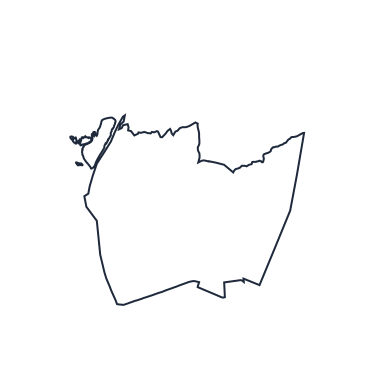 Tigre, Buenos Aires, Argentina, rotated 235°
{"feature_id": "61730980B37602961907031", "entity_name": "Tigre", "entity_type": "district", "adm_level": 2, "iso_a3": "ARG", "parent_name": "Argentina", "parent_adm1": "Buenos Aires", "projection": "orthographic", "projection_center": [-58.508, -34.4], "detail": "fine", "context": "isolated", "style": "outline", "palette": "slate", "viewbox_px": 384, "rotation_deg": 235, "n_neighbors": 0, "source": "geoboundaries", "source_scale": "gbopen_adm2", "svg_char_len": 6016}
<svg xmlns="http://www.w3.org/2000/svg" viewBox="0 0 384 384"><g transform="rotate(235 192 192)"><path d="M250.3,101.4L240.5,97.0L223.0,97.5L208.7,89.5L193.4,80.9L176.2,74.1L170.3,72.2L161.4,70.3L158.4,69.5L155.5,68.9L147.5,67.4L143.2,66.3L142.4,67.0L139.3,70.6L138.8,71.3L138.5,72.1L135.5,83.0L134.6,85.4L133.8,88.3L133.3,89.6L133.1,91.0L132.5,92.8L130.6,99.0L128.6,106.3L127.2,110.7L126.6,113.6L124.4,121.5L124.1,122.7L123.6,124.3L122.9,127.4L120.1,137.8L119.0,140.5L118.2,142.1L117.9,142.5L117.0,143.5L114.1,146.1L113.2,145.0L111.8,143.1L110.8,142.1L93.1,153.2L88.7,155.9L88.2,156.3L87.5,157.2L87.0,158.6L99.5,166.5L92.1,180.9L91.5,181.7L90.8,182.2L90.1,182.5L88.9,182.7L88.6,182.8L91.5,184.5L77.0,193.9L99.2,228.7L120.4,261.7L145.4,287.3L176.1,317.7L176.7,316.6L177.1,313.7L177.4,310.2L177.6,309.5L178.7,306.9L179.8,305.2L179.9,304.5L179.5,303.0L179.5,302.2L179.7,301.5L179.7,301.1L178.5,297.1L179.1,295.6L178.9,294.2L179.0,293.6L179.8,290.6L180.0,288.3L181.0,286.9L181.1,286.6L181.5,285.1L181.7,284.6L182.1,284.3L182.0,282.8L181.6,281.5L181.3,280.9L180.4,280.0L180.3,279.7L180.2,278.6L180.5,276.4L181.0,275.3L181.3,273.9L181.5,273.4L181.6,272.9L181.5,272.1L181.2,271.6L180.1,270.7L178.7,270.3L177.9,269.8L176.0,267.7L175.8,267.3L175.8,267.1L176.1,266.5L176.6,266.3L177.3,266.3L177.9,266.0L178.9,265.3L179.0,265.0L179.2,263.8L179.4,263.3L179.9,262.5L180.0,261.7L181.9,258.9L182.0,258.5L181.7,258.1L180.9,257.2L180.7,256.9L180.7,256.4L181.4,254.9L181.6,254.2L181.7,251.5L183.3,250.2L183.7,249.4L184.8,248.2L184.9,247.8L184.7,247.1L184.7,246.2L184.4,244.9L184.7,244.3L184.8,243.2L185.6,241.4L185.7,240.4L185.3,238.9L184.8,237.6L184.4,237.0L195.9,233.9L202.0,228.7L207.4,223.6L207.2,223.4L210.4,220.6L211.3,219.5L212.1,217.7L212.6,214.1L215.7,217.8L217.5,219.1L219.6,220.3L221.6,220.5L223.2,221.0L225.3,222.4L226.1,224.0L227.2,225.6L228.9,226.9L233.8,229.9L235.7,231.3L237.8,232.3L241.7,233.8L243.9,235.1L244.7,235.9L247.0,234.7L247.6,227.5L248.6,224.2L250.5,221.4L251.3,218.9L250.5,215.2L251.0,213.0L249.3,209.2L251.8,209.0L254.0,209.9L256.2,210.2L256.1,207.2L255.0,203.9L254.0,199.0L255.0,197.7L261.0,198.8L262.0,198.1L262.6,195.2L264.2,193.6L263.7,191.8L265.5,189.7L268.6,187.3L269.7,184.2L271.5,182.3L270.7,181.3L271.4,177.2L276.8,177.0L279.1,175.0L281.5,177.2L284.5,178.2L286.2,173.9L284.7,171.0L285.2,168.1L288.4,172.2L288.9,176.4L293.3,180.9L293.3,178.6L289.4,170.3L285.6,163.6L279.8,154.4L275.5,144.3L269.8,130.3L262.3,120.1L255.3,111.4L250.1,106.1L250.3,101.4ZM284.2,123.6L282.2,122.8L280.8,122.6L279.0,122.6L277.2,122.6L274.7,122.9L271.1,123.1L269.9,123.0L269.5,122.8L269.1,122.8L268.9,122.9L268.6,124.8L268.7,125.5L268.9,125.9L269.0,126.6L269.8,128.1L270.0,128.4L270.6,129.2L271.2,130.0L272.7,132.6L273.8,134.9L274.7,136.8L275.3,137.9L275.6,138.9L277.9,144.2L278.7,145.7L280.0,146.7L281.2,148.8L280.9,148.8L280.7,149.2L280.8,149.4L281.8,151.5L282.2,151.7L282.4,152.8L283.3,153.4L283.3,153.6L283.1,153.6L283.2,154.2L285.0,158.0L285.5,158.4L286.4,158.8L287.3,159.8L287.7,160.9L288.4,161.5L288.6,161.6L289.1,162.3L289.3,162.8L289.1,163.1L289.3,163.7L289.6,163.8L289.8,164.9L291.6,167.1L291.8,167.8L292.1,168.2L292.9,168.7L293.2,169.5L293.5,169.8L294.3,170.2L294.8,170.3L295.2,170.4L295.8,170.1L296.9,170.1L297.3,169.7L298.3,169.4L298.5,169.2L298.8,169.1L299.6,168.1L301.1,164.9L301.3,164.2L301.7,163.5L302.0,162.2L302.2,161.6L302.4,160.4L302.4,159.7L302.2,159.3L302.3,159.1L298.7,154.8L297.8,153.5L297.2,152.0L296.8,150.8L296.2,150.0L296.0,149.8L293.7,147.7L293.8,147.5L293.8,147.4L294.0,147.1L294.0,146.7L292.8,146.6L292.7,146.3L293.6,146.3L294.0,146.0L294.0,145.7L294.3,145.6L293.8,144.0L294.6,144.0L294.8,144.2L294.8,145.0L294.9,145.6L295.5,146.1L295.9,146.7L296.4,146.9L297.0,146.8L297.5,146.1L297.6,145.5L297.2,145.0L296.9,145.0L296.7,144.6L296.9,143.6L296.8,143.1L296.6,142.9L295.2,142.2L294.3,142.0L293.1,141.3L292.0,140.3L291.6,139.7L291.2,138.7L291.0,137.8L291.0,136.5L291.4,134.0L291.9,131.7L291.9,130.9L291.9,130.3L291.7,129.5L291.6,129.3L291.3,129.3L291.2,129.1L291.0,128.5L291.0,128.2L290.3,127.4L290.3,127.2L290.2,126.9L289.6,126.8L289.4,126.6L289.7,126.4L289.5,126.2L288.8,126.0L288.5,125.4L287.4,124.6L286.1,124.1L285.4,123.6L284.7,123.5L284.2,123.6ZM299.9,133.5L299.9,133.1L299.5,132.4L298.4,131.1L297.8,130.7L297.7,130.4L296.8,129.2L296.3,128.6L294.8,127.5L294.5,127.4L294.1,127.5L293.7,128.3L293.8,129.1L293.5,130.1L292.8,131.4L292.1,134.0L291.7,134.9L291.7,137.4L291.9,138.8L292.8,139.6L293.1,140.3L294.2,140.3L294.5,140.2L294.6,139.7L295.1,139.6L295.4,139.2L295.7,139.2L296.1,138.7L296.2,138.3L295.7,138.3L295.6,138.1L295.9,137.9L296.4,137.9L296.6,137.8L297.4,136.9L297.5,137.1L298.1,136.8L298.1,136.3L298.1,136.0L298.5,135.8L298.7,135.4L298.9,135.6L298.9,135.1L298.6,134.5L298.5,133.8L298.7,133.5L299.0,133.5L299.3,133.7L299.6,133.7L299.9,133.5ZM301.7,123.6L300.1,123.8L299.8,124.1L298.8,124.2L298.1,124.8L298.1,125.0L299.0,126.0L299.6,126.1L300.6,127.1L301.1,127.3L301.4,127.2L301.7,127.3L302.4,127.8L303.1,128.0L303.3,128.0L303.3,127.6L303.4,127.3L303.5,127.1L303.4,126.8L303.8,126.6L303.7,125.5L303.5,125.1L303.1,124.9L303.0,124.2L302.6,124.0L302.2,123.9L302.0,123.7L301.7,123.6ZM282.6,113.9L282.2,113.7L282.0,113.9L281.0,113.7L280.9,114.0L280.4,114.0L279.9,113.8L279.4,113.8L279.0,114.3L278.9,114.9L278.6,115.1L278.0,116.1L278.0,116.4L278.2,116.8L278.4,117.1L278.2,117.7L278.6,117.7L279.2,117.4L279.5,116.8L279.4,116.8L279.4,116.5L279.2,116.5L279.2,116.4L279.5,116.4L279.8,116.0L280.2,116.1L280.7,115.6L280.8,115.4L282.3,114.6L282.7,114.1L282.6,113.9ZM306.3,123.6L305.6,123.4L305.4,123.6L303.9,123.6L303.8,124.2L304.3,125.5L304.9,126.1L305.1,126.2L306.1,125.7L306.9,124.8L307.0,124.3L307.0,124.0L306.3,123.6ZM299.5,130.3L299.5,130.1L298.9,129.2L298.8,128.7L298.9,128.3L298.6,127.8L297.7,127.0L297.3,126.9L296.8,127.0L296.8,127.4L297.5,128.4L297.5,128.8L298.2,129.4L298.5,129.8L299.2,130.4L299.5,130.3ZM277.6,117.9L277.7,117.5L277.8,117.4L277.8,117.2L277.5,117.0L277.2,117.0L276.9,117.3L276.8,117.6L277.3,118.0L277.6,117.9Z" fill="none" stroke="#1e293b" stroke-width="2"/></g></svg>